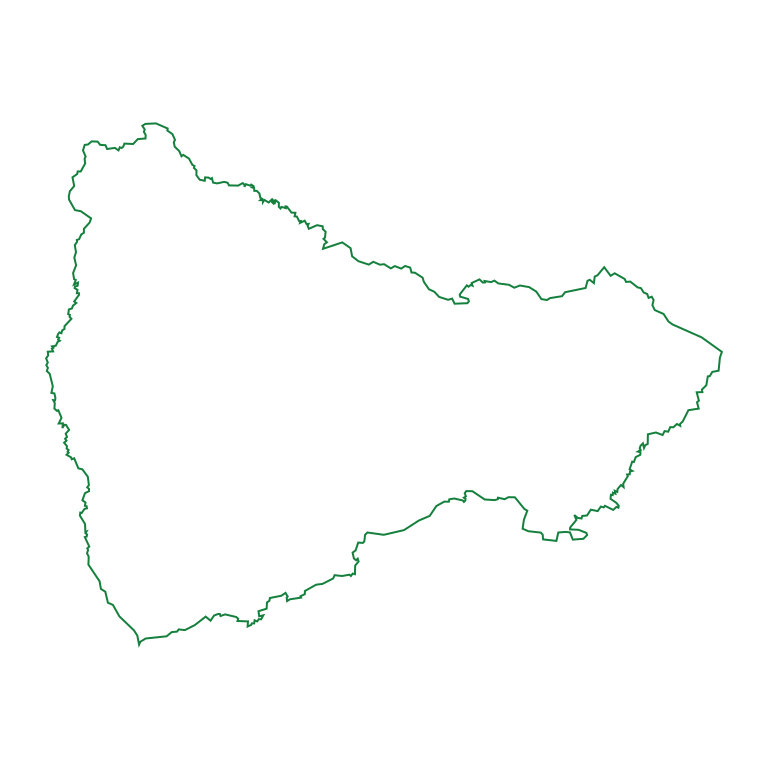 the district of Ngawi, Jawa Timur, Indonesia
{"feature_id": "22746128B17210029520680", "entity_name": "Ngawi", "entity_type": "district", "adm_level": 2, "iso_a3": "IDN", "parent_name": "Indonesia", "parent_adm1": "Jawa Timur", "projection": "robinson", "projection_center": [111.347, -7.432], "detail": "fine", "context": "isolated", "style": "outline", "palette": "green", "viewbox_px": 768, "rotation_deg": 0, "n_neighbors": 0, "source": "geoboundaries", "source_scale": "gbopen_adm2", "svg_char_len": 5990}
<svg xmlns="http://www.w3.org/2000/svg" viewBox="0 0 768 768"><path d="M167.7,128.5L155.9,123.4L145.4,123.9L142.3,125.8L144.7,129.4L143.9,131.9L145.7,135.0L145.5,138.5L137.8,139.1L133.1,144.0L124.4,143.6L123.3,146.6L121.7,148.0L119.8,147.3L118.5,150.4L114.9,147.9L107.1,149.0L105.5,145.2L100.2,144.9L97.6,141.6L91.6,141.4L88.0,144.5L84.7,144.9L83.0,150.4L85.6,156.5L84.6,158.8L85.2,163.4L80.7,171.5L77.7,171.4L77.2,174.0L72.5,177.3L74.2,186.0L69.9,191.2L68.8,196.3L69.1,199.7L75.0,210.1L80.8,211.2L91.1,218.4L89.6,222.6L83.9,228.8L83.9,232.8L81.3,234.4L79.1,239.2L76.8,240.0L77.1,241.8L74.8,245.1L76.0,252.3L74.3,257.5L76.1,265.3L73.1,273.0L74.1,279.2L75.8,280.0L74.0,284.5L78.0,282.6L77.6,285.8L74.9,286.5L74.6,288.1L77.5,289.8L76.9,293.2L78.9,293.2L79.1,294.7L74.2,301.5L76.3,303.0L73.0,305.6L71.9,308.5L68.9,309.4L68.2,314.2L69.9,314.9L69.6,317.0L71.4,318.8L64.5,326.2L64.5,328.9L62.2,330.4L61.4,333.2L59.4,332.4L58.0,334.3L57.0,337.0L59.1,337.7L58.2,339.6L59.8,340.7L57.7,341.8L55.8,345.7L52.1,346.4L53.4,347.8L51.9,348.6L53.1,351.4L47.8,351.7L48.2,355.4L46.1,358.4L47.8,362.4L46.3,365.2L47.9,367.9L46.8,371.0L49.7,373.8L52.8,386.3L51.4,392.9L54.4,393.4L55.4,397.9L55.1,400.3L53.2,400.1L54.8,403.2L54.4,408.6L57.0,410.9L58.3,410.2L61.5,417.8L58.7,423.5L62.9,423.4L62.4,428.0L64.4,424.8L66.0,424.9L69.1,429.9L65.7,433.7L67.0,437.0L65.1,438.8L66.5,440.7L64.1,442.7L67.0,446.2L66.6,448.5L68.6,450.0L67.6,451.8L68.6,452.7L66.6,454.8L71.1,457.4L71.7,459.2L74.2,458.3L78.3,468.3L82.3,469.3L87.8,476.7L88.9,485.1L87.2,487.4L89.0,488.8L89.0,491.2L85.0,493.1L82.4,500.3L85.5,502.5L84.9,505.8L86.6,506.2L87.0,508.3L84.5,508.9L81.7,513.0L80.3,512.6L79.9,515.6L85.0,523.9L85.4,531.9L86.5,531.5L85.5,533.2L87.1,534.5L86.7,536.5L84.8,537.1L89.3,546.6L87.3,548.3L88.1,550.1L87.0,553.2L88.7,556.7L88.4,564.6L99.6,581.3L100.9,588.9L105.3,591.7L107.9,602.7L112.9,604.9L119.4,616.4L133.9,630.3L137.3,635.5L139.1,644.6L140.3,641.8L145.6,638.5L166.6,636.3L171.7,632.1L177.1,631.6L178.7,629.4L184.9,630.1L194.8,625.1L205.7,616.6L210.5,620.7L214.1,615.5L218.1,614.0L219.9,614.0L220.5,616.0L225.2,614.4L236.2,617.0L238.2,618.7L237.5,621.0L248.0,621.4L247.6,626.5L251.2,624.9L251.8,623.4L254.2,623.4L254.6,620.3L257.2,621.4L258.9,619.1L261.1,619.3L263.3,615.3L259.2,616.3L258.5,611.2L266.6,608.7L267.0,602.4L269.4,600.8L269.9,598.0L281.5,595.7L285.5,592.9L287.7,596.6L286.7,597.6L287.1,601.1L289.9,599.3L301.1,597.6L300.5,596.2L304.8,594.2L304.9,591.0L316.1,584.7L322.5,583.9L333.1,578.5L334.6,575.2L342.0,576.0L349.5,574.7L350.9,576.0L352.7,573.6L354.9,574.2L355.2,565.5L358.6,561.5L357.7,558.7L356.1,560.3L353.9,558.4L352.6,552.6L355.6,550.4L358.2,542.6L362.9,542.9L364.3,541.4L365.1,534.8L367.4,532.5L383.8,534.8L404.0,530.1L418.9,520.5L429.7,515.9L436.4,506.0L444.3,501.6L448.8,501.7L449.3,499.3L454.2,498.5L462.9,500.5L463.9,501.9L465.3,500.6L465.5,498.7L463.9,497.7L465.9,496.3L464.7,493.3L466.2,491.1L472.4,491.2L484.7,499.5L494.9,500.1L497.8,499.2L498.0,497.7L504.7,499.2L508.4,497.2L514.9,497.3L524.4,509.0L527.3,510.7L523.9,519.8L522.6,528.7L528.3,531.2L540.8,532.6L542.7,534.7L543.1,539.4L556.4,540.9L558.3,532.5L565.5,531.9L570.0,532.4L572.8,539.6L583.4,538.8L587.1,535.1L586.4,532.9L578.5,529.8L570.0,529.4L570.2,527.4L576.4,519.9L574.3,515.0L577.7,517.9L581.5,518.5L582.3,515.9L587.0,515.5L590.8,509.7L597.7,511.1L600.8,506.6L603.7,507.4L604.9,505.8L613.2,509.9L616.5,506.9L618.4,507.7L618.8,505.9L616.4,502.9L610.5,498.8L610.9,494.8L612.7,495.1L612.9,492.7L615.4,493.7L614.8,490.8L617.3,491.9L617.6,489.0L621.0,485.0L623.6,487.1L623.2,483.7L627.8,476.2L627.1,474.5L629.7,474.3L630.0,471.5L632.3,470.9L629.6,469.3L632.2,461.6L633.9,462.0L635.7,457.1L640.3,454.8L640.5,452.2L637.9,451.6L640.7,450.0L639.7,448.3L640.6,445.7L642.9,443.4L644.0,448.0L645.3,445.1L647.7,444.0L647.9,434.3L655.9,432.5L662.6,435.0L664.6,431.1L668.2,431.7L670.3,427.1L673.3,427.3L676.9,424.0L680.2,425.8L679.9,424.2L682.8,421.3L688.4,410.2L698.7,408.6L697.0,402.3L698.9,400.7L696.7,392.3L702.4,392.1L701.9,389.6L706.3,385.3L707.8,376.4L709.8,376.1L712.3,371.9L718.6,370.7L719.9,357.6L721.9,351.9L701.7,337.4L672.4,324.4L668.4,321.4L663.6,314.0L654.8,310.1L652.4,305.1L653.6,300.0L651.7,296.7L648.6,297.9L647.2,294.0L643.7,292.5L640.9,288.1L637.6,287.4L630.3,281.6L626.0,281.9L624.7,279.0L614.7,273.3L610.6,275.8L604.2,267.2L597.5,275.3L594.7,276.6L593.9,283.1L589.8,279.8L587.5,280.8L585.6,288.0L565.1,292.2L562.0,296.2L550.0,298.1L547.0,300.0L541.4,299.1L536.3,291.6L529.1,287.1L519.9,285.5L514.3,287.7L509.0,284.8L498.2,283.4L494.4,280.6L491.1,282.1L484.6,281.0L485.0,282.4L482.9,282.6L479.5,279.4L471.7,283.0L472.5,285.7L470.8,284.9L468.5,286.7L466.8,285.4L459.8,294.4L460.1,296.6L468.1,299.0L468.9,301.3L467.4,303.2L454.6,303.7L452.1,298.6L448.1,299.8L439.1,296.9L434.4,291.8L429.0,289.3L423.9,281.9L422.6,277.7L414.9,272.7L411.5,272.5L410.2,267.6L405.1,266.0L401.2,268.6L394.8,266.1L390.8,268.4L384.1,264.2L380.0,264.7L373.3,261.8L368.8,264.6L358.4,261.2L352.1,256.3L350.6,248.2L342.3,242.4L323.0,248.8L324.3,244.2L326.9,242.3L323.5,238.9L325.0,237.6L325.6,231.7L322.8,229.1L322.7,226.3L317.1,225.2L308.8,228.8L307.7,225.9L308.6,223.9L306.6,224.2L304.7,220.7L300.1,222.9L300.7,221.0L299.2,221.2L296.9,216.6L294.6,216.3L295.4,212.8L291.5,212.6L286.8,206.5L285.5,206.4L285.8,208.1L281.4,206.9L280.5,208.5L278.8,206.8L278.9,202.8L275.9,200.4L274.3,204.2L274.2,202.1L273.4,203.5L272.0,202.1L273.1,200.2L272.1,199.2L268.7,202.5L264.3,199.9L262.9,202.2L262.8,200.1L260.4,200.1L261.9,198.7L260.3,197.8L259.4,193.5L256.8,190.9L254.3,190.9L254.1,187.9L252.0,187.4L253.5,186.1L251.2,184.6L250.4,185.7L245.9,184.2L244.5,186.8L244.5,184.7L242.7,183.1L238.1,185.6L229.0,185.4L227.6,182.7L224.1,181.9L217.1,183.4L213.1,182.6L211.9,178.1L210.7,179.0L208.5,177.6L205.1,177.4L204.7,180.8L199.7,179.7L196.4,175.2L196.5,170.4L193.9,167.9L194.5,166.0L192.4,164.9L189.0,158.6L183.3,154.9L181.5,156.3L179.2,151.0L174.7,146.7L173.8,142.3L175.0,139.9L172.4,134.1L167.3,130.5L167.7,128.5Z" fill="none" stroke="#15803d" stroke-width="2"/></svg>